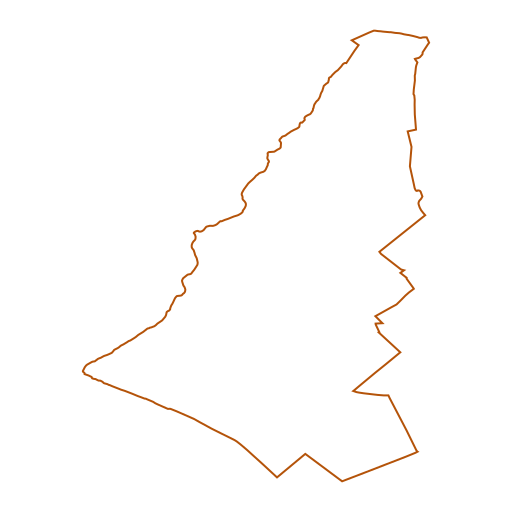 outline of Ghimbav, Brasov, Romania
{"feature_id": "2599482B88023161659536", "entity_name": "Ghimbav", "entity_type": "district", "adm_level": 2, "iso_a3": "ROU", "parent_name": "Romania", "parent_adm1": "Brasov", "projection": "robinson", "projection_center": [25.508, 45.687], "detail": "fine", "context": "isolated", "style": "outline", "palette": "amber", "viewbox_px": 512, "rotation_deg": 0, "n_neighbors": 0, "source": "geoboundaries", "source_scale": "gbopen_adm2", "svg_char_len": 6009}
<svg xmlns="http://www.w3.org/2000/svg" viewBox="0 0 512 512"><path d="M342.1,481.3L365.3,472.4L406.1,456.6L415.4,452.8L417.5,451.7L417.2,451.5L416.2,450.0L406.6,430.5L389.7,398.2L388.4,395.4L383.7,395.4L377.5,394.9L363.8,393.3L359.1,392.6L356.5,392.1L353.3,391.0L354.3,390.2L358.8,386.4L375.4,372.6L385.6,364.4L400.3,352.3L378.7,332.4L379.3,332.1L375.7,324.5L375.6,323.6L382.4,323.2L375.4,316.2L391.3,307.3L396.5,304.5L399.9,301.2L405.4,295.6L408.9,292.5L413.8,288.8L413.4,288.1L406.6,278.7L406.7,277.9L400.4,272.9L404.0,270.3L402.1,269.8L401.2,269.5L400.4,269.0L381.0,253.9L379.4,251.8L425.2,215.2L423.2,212.9L421.1,210.2L419.7,207.5L419.0,205.5L418.5,203.8L418.5,203.0L418.8,201.9L419.1,201.1L419.8,200.2L421.2,198.7L422.4,196.5L420.6,191.7L420.0,191.0L419.2,190.6L418.0,190.4L417.6,190.5L417.1,190.9L416.5,190.9L415.9,190.5L415.6,190.1L414.8,188.5L414.6,187.9L413.9,184.5L409.9,166.3L411.5,146.9L407.7,131.4L416.0,129.6L414.8,114.5L414.6,104.5L414.7,99.8L414.3,95.5L413.5,94.1L413.8,89.4L414.9,80.5L414.8,76.4L414.8,75.5L415.2,73.9L415.9,67.3L416.3,65.4L417.4,62.4L415.2,59.5L414.9,58.9L415.5,58.7L418.4,58.0L419.4,57.5L420.1,57.0L422.4,54.4L422.6,53.3L422.6,52.4L427.8,44.5L429.1,42.7L426.7,37.4L424.7,37.3L423.0,37.4L421.9,37.6L421.1,37.9L420.2,37.9L418.7,37.6L417.7,37.2L413.1,36.0L408.6,35.0L407.5,34.9L404.0,34.3L401.5,33.6L399.3,33.2L395.2,32.9L390.8,32.2L389.4,32.2L382.9,31.6L380.8,31.3L378.0,31.1L375.2,30.7L373.7,30.7L369.5,32.4L351.8,40.3L358.6,45.1L354.6,50.6L346.3,63.1L345.8,63.0L345.0,63.0L344.0,63.4L343.5,63.7L342.8,64.3L341.2,66.5L337.8,70.2L335.7,71.7L335.1,72.2L332.5,74.8L330.7,77.0L329.5,77.5L329.1,77.9L329.0,78.1L328.9,78.4L328.9,79.2L328.7,80.4L328.5,80.8L328.4,81.5L328.2,82.2L327.7,82.8L326.4,83.6L324.1,85.6L323.8,85.9L323.6,86.5L323.5,86.9L322.9,88.9L322.6,89.8L322.4,90.7L321.1,93.0L320.5,94.7L320.1,96.2L319.4,97.9L318.8,98.7L318.3,99.8L317.9,100.1L316.6,101.3L315.9,102.1L315.0,103.6L314.4,104.4L313.9,106.0L313.6,107.5L313.5,108.0L313.0,108.8L312.9,110.0L312.7,110.6L311.2,112.9L310.5,113.8L309.8,114.3L309.0,114.6L307.3,115.4L305.5,116.5L305.1,116.9L304.6,117.7L304.4,118.3L304.7,119.3L304.7,119.9L304.6,120.2L304.0,120.7L302.8,122.0L302.1,122.6L301.9,122.7L301.3,122.5L301.2,122.5L300.7,122.6L300.2,123.0L299.9,123.5L299.6,124.7L299.5,125.2L299.4,126.3L299.2,126.9L298.9,127.2L297.6,128.2L295.6,129.2L294.4,129.7L290.8,131.6L289.2,132.8L287.5,133.9L285.5,135.5L284.2,136.0L282.6,136.5L282.1,136.8L281.4,137.6L281.1,138.0L279.7,139.4L279.4,140.2L279.5,140.6L280.3,141.6L280.9,142.6L281.0,143.1L280.7,147.3L280.5,147.7L279.9,148.3L279.0,148.9L277.5,149.6L274.6,151.5L274.1,151.7L269.0,152.1L268.5,152.3L267.9,152.9L267.6,153.3L267.6,153.5L267.8,155.2L267.7,155.8L267.5,156.7L267.3,158.1L267.5,158.8L268.3,160.2L268.7,160.8L268.9,161.3L268.9,161.9L268.6,162.4L268.1,163.1L267.8,164.0L267.8,164.7L267.7,165.3L266.9,166.9L265.9,169.2L264.8,170.8L264.1,171.3L263.3,171.8L260.6,172.6L259.1,173.3L258.6,173.6L258.3,174.0L257.7,174.6L256.1,175.7L254.4,177.8L252.3,179.8L250.1,181.7L248.3,183.4L243.9,189.4L242.1,192.6L241.7,193.9L241.7,194.5L241.8,195.0L242.2,195.7L242.4,196.3L242.6,197.4L242.5,198.7L242.6,199.0L242.9,199.6L243.8,200.6L244.5,201.3L245.5,202.7L245.7,203.4L245.9,203.9L245.9,204.3L245.8,205.5L245.6,206.2L244.5,208.4L243.0,210.4L242.8,210.7L242.8,211.4L242.4,212.2L241.9,212.7L240.7,213.7L239.6,214.3L238.4,215.0L237.1,215.5L233.8,216.5L227.9,218.9L224.8,219.9L222.0,221.1L221.3,221.3L220.4,221.2L219.8,221.6L217.0,224.2L216.4,224.5L215.7,225.0L213.3,225.8L212.3,225.9L211.1,225.8L209.8,225.8L209.4,225.9L207.0,226.5L206.2,226.9L205.8,227.3L203.7,230.0L202.7,230.7L201.9,231.2L200.7,231.6L199.4,231.6L199.0,231.5L198.4,231.1L197.7,230.9L196.8,231.0L195.4,231.5L193.9,232.6L193.8,232.9L193.8,233.1L194.9,234.5L195.4,236.0L195.6,236.6L195.6,237.2L195.5,238.5L195.3,239.3L195.0,239.8L194.6,240.3L193.4,241.5L192.5,242.9L192.1,243.9L191.7,245.1L191.7,247.1L192.1,248.1L192.4,248.6L193.4,249.8L193.9,250.7L194.0,251.3L194.4,252.3L195.1,255.0L196.6,258.0L196.8,258.6L197.6,262.0L197.7,262.8L197.6,263.7L197.4,264.8L196.4,266.4L194.2,269.8L192.4,272.0L191.4,273.4L191.1,273.7L190.3,274.1L188.2,274.5L187.6,274.7L186.9,275.2L183.2,278.2L182.9,278.6L182.1,280.3L182.0,280.9L182.4,282.4L183.4,285.5L184.3,286.8L184.6,287.3L185.0,288.4L185.3,289.4L185.3,290.0L185.2,290.7L185.0,291.7L184.2,292.9L183.8,293.3L183.1,293.7L182.8,294.0L182.3,294.7L181.5,295.4L180.1,295.7L178.0,295.9L176.9,296.1L176.5,296.4L175.7,297.3L175.0,298.2L173.1,302.3L172.3,303.9L171.3,305.4L170.7,306.9L170.1,308.8L170.1,309.5L169.9,309.7L168.8,310.8L167.9,311.1L167.4,311.5L166.9,311.9L166.6,312.3L166.5,312.9L166.1,314.9L165.6,316.0L165.2,316.8L162.5,320.0L161.9,320.6L157.4,323.6L155.9,325.1L154.4,326.2L151.3,327.4L150.3,327.6L149.8,327.7L149.1,328.2L147.6,328.5L147.1,328.8L143.2,331.9L138.3,334.9L135.8,337.0L134.0,338.2L131.1,340.0L130.3,340.5L128.6,341.1L127.2,342.1L123.4,344.4L121.1,345.5L119.8,346.5L119.2,347.1L117.7,348.1L114.7,349.6L114.1,350.0L113.4,351.0L112.2,352.4L111.7,352.9L108.9,354.2L107.0,355.0L104.2,355.9L103.2,356.4L100.7,357.8L99.5,358.2L98.1,358.8L97.6,359.1L96.7,359.9L95.8,360.5L95.4,360.9L94.8,361.3L94.4,361.4L92.9,361.6L91.8,362.0L87.2,364.6L86.1,365.5L84.8,367.2L82.9,371.0L82.9,371.5L83.0,371.7L84.4,372.9L84.6,373.3L84.6,374.1L88.6,375.5L90.0,376.2L91.5,376.9L91.8,377.3L91.8,377.5L91.9,377.9L92.3,378.4L93.4,378.7L94.0,378.9L95.1,379.0L95.6,379.1L97.1,379.9L97.9,380.3L98.7,380.6L99.7,380.6L100.5,380.7L102.5,381.8L103.2,382.5L103.7,383.0L104.3,383.3L107.3,384.1L109.0,385.0L109.5,385.0L112.2,386.2L119.4,389.0L120.8,389.6L124.9,390.9L131.9,393.6L137.9,396.1L140.7,397.1L144.6,398.6L145.1,398.6L145.8,398.7L147.3,399.4L149.7,400.4L152.8,401.7L153.4,402.0L155.2,403.2L157.7,404.4L167.9,408.9L168.7,408.9L169.4,408.8L170.2,408.8L171.1,409.1L176.6,411.3L194.1,419.0L199.4,422.0L211.5,428.6L221.3,433.5L234.6,440.1L236.8,441.5L240.5,444.4L247.1,450.0L252.7,455.1L263.2,464.6L277.0,477.4L305.3,453.9L342.1,481.3Z" fill="none" stroke="#b45309" stroke-width="2"/></svg>